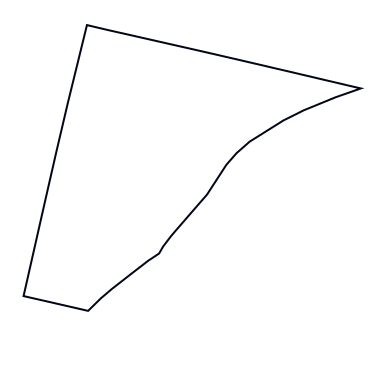 outline of Berrien, Michigan, United States of America, rotated 193°
{"feature_id": "52423323B94823844405741", "entity_name": "Berrien", "entity_type": "district", "adm_level": 2, "iso_a3": "USA", "parent_name": "United States of America", "parent_adm1": "Michigan", "projection": "robinson", "projection_center": [-86.545, 42.001], "detail": "fine", "context": "isolated", "style": "outline", "palette": "ink", "viewbox_px": 384, "rotation_deg": 193, "n_neighbors": 0, "source": "geoboundaries", "source_scale": "gbopen_adm2", "svg_char_len": 678}
<svg xmlns="http://www.w3.org/2000/svg" viewBox="0 0 384 384"><g transform="rotate(193 192 192)"><path d="M331.9,331.0L333.0,251.1L333.2,201.7L333.1,151.7L332.7,52.7L266.5,52.8L257.0,67.7L249.0,78.5L248.1,79.7L232.7,98.7L219.0,115.4L210.2,124.7L207.9,132.3L202.6,144.1L199.1,150.8L188.2,171.4L176.8,192.8L172.9,203.5L165.0,225.2L164.7,226.1L157.3,239.9L148.8,251.7L147.2,254.0L119.1,282.2L101.4,296.8L73.1,316.8L50.8,330.9L51.3,330.9L54.9,330.9L60.3,330.9L61.7,330.9L62.1,330.9L85.4,331.0L86.8,331.0L87.5,331.0L136.9,331.2L137.0,331.2L137.5,331.2L191.9,331.3L194.2,331.3L202.4,331.3L310.1,330.9L313.4,330.9L331.9,331.0Z" fill="none" stroke="#020617" stroke-width="2"/></g></svg>